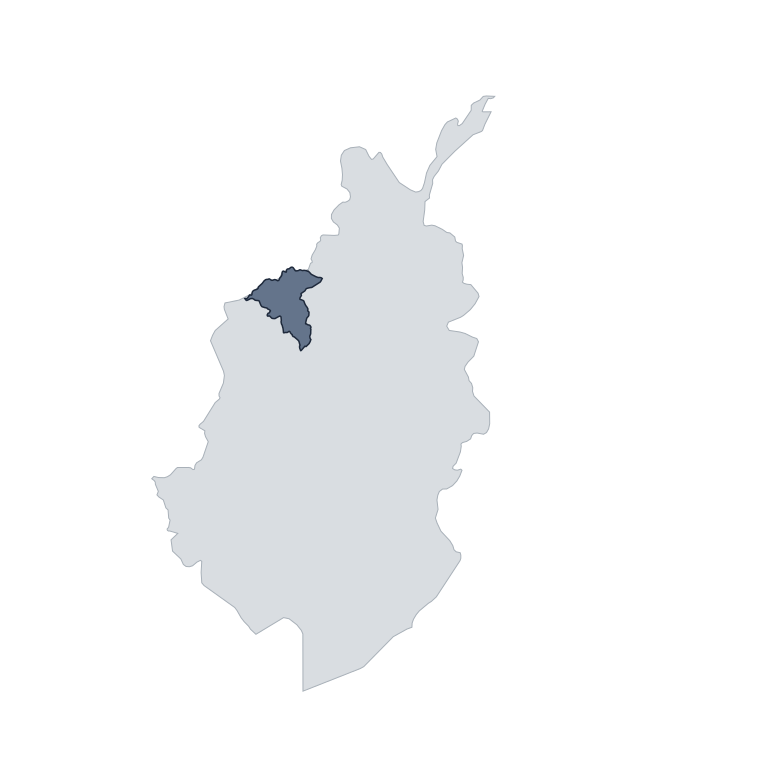 Balkh on a map of Afghanistan (Robinson projection), rotated 320°
{"feature_id": "AFG-1744", "entity_name": "Balkh", "entity_type": "Province", "adm_level": 1, "iso_a3": "AFG", "parent_name": "Afghanistan", "parent_adm1": "", "projection": "robinson", "projection_center": [66.961, 36.526], "detail": "fine", "context": "in_parent", "style": "filled", "palette": "slate", "viewbox_px": 768, "rotation_deg": 320, "n_neighbors": 0, "source": "natural_earth", "source_scale": "10m", "svg_char_len": 7949}
<svg xmlns="http://www.w3.org/2000/svg" viewBox="0 0 768 768"><g transform="rotate(320 384 384)"><path d="M340.5,229.7L353.8,228.5L362.7,230.2L367.4,234.7L372.1,235.8L376.6,233.6L379.4,233.3L380.5,234.7L382.8,235.2L386.2,235.0L388.2,236.3L388.7,238.9L391.2,242.4L395.9,246.5L399.9,247.5L405.3,244.3L407.1,244.7L408.0,243.6L408.5,241.3L411.8,239.1L417.7,237.0L421.1,235.2L422.3,233.6L424.3,233.2L426.5,233.6L428.0,233.1L429.2,231.0L431.3,230.2L433.1,230.6L441.3,238.1L444.5,240.4L445.9,240.0L450.0,235.9L450.5,232.2L449.4,227.3L450.1,223.4L452.7,220.4L457.7,218.5L464.9,217.8L469.4,218.2L471.0,219.8L473.3,220.6L476.1,220.8L478.6,219.1L480.9,215.4L481.0,210.8L478.8,205.4L479.4,203.7L483.0,201.0L486.8,196.9L490.5,191.6L494.0,185.2L498.4,181.3L503.7,179.7L510.1,181.5L517.7,186.5L520.7,192.6L518.9,199.9L518.8,203.9L520.4,204.7L529.0,203.3L530.1,204.3L530.1,206.4L528.9,209.5L527.5,218.1L525.2,239.5L529.0,252.2L531.6,257.3L534.2,258.9L536.7,259.5L539.2,259.0L544.4,255.8L552.2,249.7L559.7,246.0L570.8,243.9L574.4,237.5L579.5,233.2L591.0,226.9L597.4,224.5L601.0,224.0L610.0,226.4L610.5,228.3L609.9,230.4L607.4,232.2L606.7,233.5L607.7,234.5L611.3,234.8L626.7,230.4L630.0,226.6L633.3,226.4L639.9,228.1L644.9,227.5L647.6,229.2L653.7,234.8L651.8,235.1L649.1,234.0L647.5,232.2L641.4,234.6L634.5,238.2L634.7,239.1L641.0,244.3L628.2,249.9L622.5,253.1L621.1,253.2L612.4,250.3L588.1,251.2L569.7,252.9L562.6,255.8L555.9,257.2L552.5,258.7L550.2,261.7L540.2,268.4L538.4,270.8L532.7,270.6L526.9,277.0L518.4,284.7L516.7,288.3L518.0,290.2L522.7,293.0L524.8,295.6L528.1,303.1L529.5,308.3L531.6,310.6L532.7,316.9L530.7,320.4L530.8,322.2L533.7,327.0L533.0,328.4L530.9,330.6L527.6,336.7L521.6,341.2L519.1,345.2L514.9,349.6L513.2,353.3L511.4,355.3L509.5,356.4L510.0,358.4L511.7,360.9L514.4,363.7L514.4,374.9L513.0,378.1L505.3,381.1L498.0,382.5L489.0,382.6L485.6,382.1L473.1,378.0L469.2,380.0L468.4,384.9L475.6,393.0L478.6,397.4L481.9,404.9L484.3,408.8L483.5,412.4L470.7,420.4L462.5,421.2L457.4,422.6L454.9,424.5L453.1,433.0L451.3,436.1L451.4,439.8L449.6,443.9L447.0,446.6L445.2,451.0L446.8,473.4L439.4,482.4L435.3,485.6L431.3,487.1L428.0,486.5L423.8,481.4L420.9,479.5L418.0,479.9L415.1,481.7L410.4,481.1L406.4,479.3L404.3,479.5L403.2,481.3L398.9,485.1L388.4,491.0L384.1,491.4L382.2,492.8L383.0,495.2L384.8,497.2L388.1,498.6L388.3,500.2L382.9,503.2L377.5,505.1L371.2,505.9L364.6,504.7L361.3,502.1L357.3,501.9L353.7,503.8L350.0,506.9L344.8,514.8L337.2,519.7L335.3,524.6L333.0,533.4L333.7,546.3L332.8,552.1L331.1,555.9L331.4,558.9L333.9,562.2L332.9,564.4L330.8,566.9L328.7,568.2L287.3,580.7L280.5,581.0L277.0,580.5L265.2,580.5L260.4,581.4L255.5,583.1L251.9,585.2L249.0,588.3L244.1,586.5L228.7,583.5L186.8,587.5L182.9,586.7L124.5,567.2L161.2,523.3L162.3,519.6L162.5,512.4L160.4,502.8L156.9,498.4L125.0,493.4L124.1,485.9L124.6,482.6L124.1,476.1L124.3,471.2L125.8,463.0L126.0,459.3L116.6,422.8L116.6,419.2L122.7,410.9L130.4,402.7L130.0,401.1L126.2,400.2L120.5,400.2L117.5,398.9L115.1,396.6L114.3,393.3L115.9,387.5L114.6,376.1L120.7,366.5L130.0,365.9L125.4,358.9L124.4,358.1L124.0,356.9L124.6,355.7L126.9,355.3L132.6,350.8L132.9,348.3L137.6,341.7L137.3,338.7L140.4,331.0L138.9,325.8L138.8,323.0L142.1,321.2L144.4,313.9L145.7,312.1L145.9,310.3L145.2,307.3L148.3,306.9L151.1,310.7L155.5,314.6L158.5,315.8L162.1,316.3L170.4,315.1L172.1,315.2L180.5,322.2L182.0,323.9L182.6,326.7L184.0,327.5L187.0,324.8L189.9,323.9L195.4,324.7L198.3,323.7L212.3,315.2L213.4,309.7L214.8,306.5L216.7,304.7L214.5,298.4L215.3,297.1L217.2,296.6L221.7,296.6L242.8,289.7L248.3,289.7L249.6,289.1L249.9,287.2L251.5,285.2L261.5,280.1L267.2,274.9L269.3,271.0L278.9,239.3L284.0,236.5L289.1,234.5L306.4,234.0L309.7,224.2L311.2,221.9L314.3,219.7L327.0,226.6L340.5,229.7Z" fill="#d9dde1" stroke="#a8b0b8" stroke-width="1"/><path d="M389.2,236.8L388.9,239.6L388.9,240.3L389.4,240.9L390.3,241.5L391.2,242.0L392.9,242.4L393.4,242.9L393.8,243.7L394.4,244.6L394.8,245.0L395.7,245.4L396.0,245.7L397.3,247.2L397.5,247.6L397.7,248.0L397.8,248.4L398.2,248.6L398.4,248.6L398.7,250.5L398.8,253.1L398.9,253.5L400.9,258.2L401.9,259.9L402.1,260.2L402.7,260.6L403.5,261.3L404.0,262.0L404.3,262.5L404.5,263.5L401.5,264.7L400.5,264.9L393.0,263.9L391.2,263.7L390.4,263.4L389.9,263.1L389.7,262.9L388.5,262.2L386.4,261.2L385.8,261.1L385.2,261.1L384.7,261.3L383.6,261.7L383.1,261.8L378.8,261.4L378.3,261.6L377.8,262.9L377.4,263.2L375.7,263.7L374.9,264.1L374.6,264.4L374.2,264.7L374.1,264.9L374.1,265.0L374.1,265.3L374.8,266.2L375.8,268.2L375.8,268.5L375.9,269.0L375.0,271.4L374.5,273.6L374.4,275.6L374.1,277.2L374.0,277.5L373.7,277.9L373.1,278.3L372.8,278.7L372.6,278.9L372.6,279.2L372.6,279.3L372.7,279.5L372.8,279.8L372.8,280.1L372.7,280.7L372.5,281.0L372.3,281.3L371.5,282.0L370.9,282.8L370.5,283.1L370.2,283.3L369.7,283.5L367.7,283.8L367.0,284.0L363.5,286.6L362.7,287.4L362.7,287.5L362.8,287.8L363.0,288.0L363.3,288.2L363.3,288.3L363.4,288.5L363.4,289.0L363.6,289.4L363.8,289.8L364.8,291.1L364.9,291.4L364.9,291.8L364.8,292.7L364.7,293.2L364.5,293.6L364.2,293.8L363.6,294.1L363.3,294.3L363.2,294.7L363.1,295.1L362.9,295.4L362.7,295.6L362.2,296.0L361.7,296.6L360.3,298.2L359.5,298.8L358.1,299.5L357.8,299.8L357.5,300.1L356.9,301.2L356.7,301.7L356.6,302.0L356.6,302.4L356.6,302.9L354.8,304.0L354.2,304.3L353.6,304.4L353.3,304.6L353.0,304.8L352.7,304.9L348.6,305.2L348.4,305.2L348.2,305.0L348.0,304.8L347.9,304.4L347.7,304.2L342.2,305.1L341.7,305.0L341.6,304.8L342.4,302.5L342.8,301.8L343.0,301.5L343.3,301.1L343.7,300.8L343.8,300.6L344.4,300.4L344.5,300.3L344.7,300.2L345.0,299.3L346.0,297.2L346.3,296.4L346.3,295.8L346.3,295.0L345.6,290.6L345.5,290.1L344.9,289.3L344.9,288.7L344.9,288.2L345.0,288.0L345.0,287.8L345.1,287.7L345.3,287.3L345.4,287.2L345.4,286.9L345.3,286.5L345.2,286.3L345.2,284.6L345.3,284.3L345.5,283.9L345.5,283.5L345.3,282.9L345.2,282.7L344.6,282.5L343.7,282.5L343.2,282.4L342.9,282.3L341.4,281.0L340.2,280.5L340.1,280.3L340.1,280.1L340.1,279.9L340.2,279.7L340.7,279.1L341.9,277.3L342.1,276.9L342.5,276.3L342.6,276.1L342.8,275.5L343.7,273.7L343.8,273.3L344.0,272.3L344.1,272.1L344.2,271.9L344.8,270.7L345.3,270.1L345.4,269.9L346.3,269.2L346.6,268.8L347.0,268.1L347.1,267.9L347.5,267.5L347.6,267.4L348.1,266.5L348.2,266.3L348.2,266.0L348.2,265.8L348.2,265.7L348.1,265.4L348.0,265.2L347.8,265.1L347.7,264.9L346.6,264.6L342.5,263.8L341.7,263.1L340.8,262.2L340.4,261.6L340.3,260.9L340.1,258.5L339.7,258.0L339.3,257.8L338.6,257.3L338.5,257.0L338.5,256.7L338.8,256.2L339.1,255.9L340.4,255.4L340.6,255.3L340.9,255.4L341.7,255.7L341.9,255.7L342.1,255.7L342.4,255.6L343.0,255.2L343.8,255.1L344.0,255.0L344.1,254.7L344.1,254.3L343.8,253.0L343.6,252.5L343.2,252.0L343.1,251.5L343.1,251.2L343.2,250.9L343.2,250.7L343.0,250.4L342.8,250.0L341.9,249.0L340.9,247.4L340.3,246.5L340.2,245.7L340.3,244.6L340.7,243.3L341.4,241.1L341.5,240.9L341.7,240.5L341.7,240.2L341.4,239.4L339.6,237.6L339.1,236.9L338.9,236.1L338.9,235.7L338.8,235.4L338.7,235.2L338.6,234.9L338.4,234.5L338.2,234.0L337.9,233.7L337.6,233.5L336.3,232.7L335.9,232.6L335.4,232.6L333.1,232.0L332.7,231.8L332.6,231.7L332.3,231.5L332.3,231.3L332.2,231.0L332.2,230.8L332.3,229.4L332.3,229.1L332.6,229.2L333.2,229.8L333.9,230.4L334.9,230.4L337.5,229.6L338.4,229.5L338.7,229.7L339.3,230.5L339.8,230.7L340.1,230.7L340.5,230.4L341.0,229.8L341.7,229.3L342.3,228.9L343.0,228.6L344.0,228.6L344.9,228.7L347.3,229.7L347.8,229.8L348.8,229.8L349.2,229.7L349.9,229.1L350.3,228.9L355.2,228.7L358.6,227.9L360.4,228.0L361.1,228.3L362.6,229.3L363.3,229.5L363.8,229.9L364.4,231.9L364.8,232.6L365.5,233.0L367.2,233.6L367.9,234.3L368.3,235.1L368.6,235.9L369.0,236.6L369.8,236.9L370.6,236.8L372.1,235.9L373.0,235.7L373.9,235.6L374.7,235.4L375.5,235.0L376.2,234.5L377.4,233.3L378.1,232.8L378.9,232.6L379.7,233.0L380.4,234.8L381.1,235.4L381.5,235.2L381.7,234.8L382.0,234.3L382.2,234.1L382.6,234.1L383.3,233.9L383.7,233.8L384.2,234.0L385.0,234.5L385.4,234.7L385.8,234.8L387.2,234.7L387.9,234.9L388.6,235.3L389.0,235.9L389.2,236.8Z" fill="#64748b" stroke="#1e293b" stroke-width="1.5"/></g></svg>